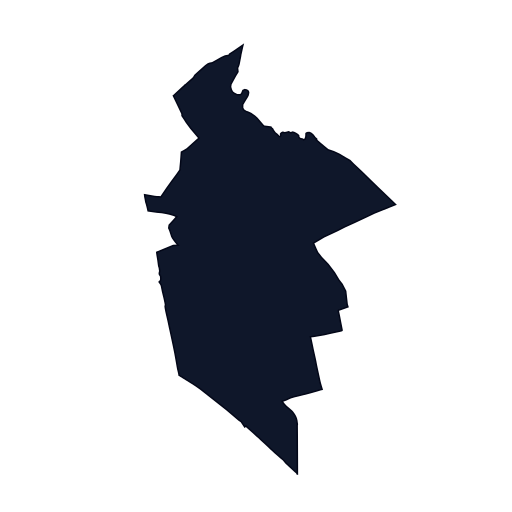 Dornesti, Suceava, Romania (Mercator projection), rotated 194°
{"feature_id": "2599482B65590123395964", "entity_name": "Dornesti", "entity_type": "district", "adm_level": 2, "iso_a3": "ROU", "parent_name": "Romania", "parent_adm1": "Suceava", "projection": "mercator", "projection_center": [26.008, 47.885], "detail": "fine", "context": "isolated", "style": "filled", "palette": "ink", "viewbox_px": 512, "rotation_deg": 194, "n_neighbors": 0, "source": "geoboundaries", "source_scale": "gbopen_adm2", "svg_char_len": 4516}
<svg xmlns="http://www.w3.org/2000/svg" viewBox="0 0 512 512"><g transform="rotate(194 256 256)"><path d="M374.9,391.5L368.6,383.9L362.2,376.1L361.7,374.2L358.8,371.6L356.0,368.9L350.3,364.2L339.8,356.6L341.6,354.0L347.2,345.7L348.9,343.2L351.4,340.7L353.5,338.8L352.6,333.7L351.8,328.9L350.6,321.0L351.6,318.4L352.5,316.0L355.5,308.8L358.8,300.5L362.6,290.2L363.8,290.1L364.9,289.9L366.6,289.5L368.8,289.2L373.2,288.9L378.9,288.5L378.2,286.6L377.1,284.3L376.0,281.8L374.6,279.5L373.0,276.5L371.8,274.1L371.6,273.7L363.0,274.6L357.8,275.4L353.5,275.7L349.9,275.8L345.4,275.6L342.4,275.0L345.2,269.6L347.7,265.0L347.4,262.0L346.9,261.4L345.7,259.8L344.5,257.9L343.0,255.5L342.6,254.8L341.3,253.3L339.6,251.8L337.5,250.1L334.7,248.1L334.0,247.6L338.8,246.2L353.2,235.6L352.9,234.8L352.1,232.8L351.4,231.2L350.1,228.2L349.2,225.9L348.5,224.1L347.9,222.7L347.3,221.7L346.9,221.1L346.6,220.2L345.9,218.6L345.7,217.5L345.7,216.2L345.5,215.3L345.1,214.6L344.4,214.0L343.6,213.2L343.2,211.9L342.8,210.6L342.7,209.7L342.8,209.0L343.7,207.4L342.9,206.7L341.7,205.7L340.8,204.6L340.3,203.7L339.7,202.4L338.1,199.0L334.9,192.9L332.9,188.8L332.1,187.0L332.0,186.3L332.0,185.4L331.9,184.9L331.1,183.0L329.8,180.2L328.4,177.4L325.5,171.7L322.6,165.7L321.0,162.5L318.1,156.6L314.2,148.6L311.2,142.3L308.9,137.2L306.6,132.0L305.6,129.7L304.6,127.5L303.3,125.0L302.2,122.8L301.8,121.7L287.5,117.1L283.1,115.6L277.7,113.5L262.6,106.7L247.1,99.7L232.8,92.6L230.3,91.7L227.0,88.7L225.6,87.4L224.6,88.6L224.4,88.4L221.4,86.8L216.2,84.1L211.5,81.5L210.0,80.8L209.0,80.3L207.0,79.1L203.3,77.1L198.4,74.4L195.3,72.6L195.0,72.4L193.0,71.4L191.4,70.5L190.2,69.8L187.6,68.5L183.2,66.2L180.6,65.0L179.9,64.6L177.5,62.8L176.8,62.3L171.9,59.6L165.7,56.2L164.2,55.5L164.1,55.4L163.9,55.3L163.7,55.0L163.4,54.5L163.1,54.5L172.5,91.6L175.1,101.6L175.2,102.8L175.9,104.4L176.5,106.0L177.5,107.9L178.4,109.2L179.5,110.5L180.7,111.7L182.7,113.4L183.9,114.2L187.4,116.0L190.3,117.4L192.6,118.9L193.5,119.6L194.9,120.7L195.5,121.3L191.7,123.9L189.9,125.4L188.0,126.9L185.8,128.2L184.8,128.8L181.1,130.7L170.8,136.2L164.0,140.1L161.0,141.9L159.6,142.6L161.4,145.6L162.9,148.2L164.1,150.5L166.5,155.4L169.3,161.1L170.9,164.4L171.6,165.9L172.5,167.9L174.1,171.2L178.1,179.2L179.9,183.0L183.7,190.8L180.5,192.0L170.9,196.2L165.2,199.1L159.3,202.0L156.8,203.2L155.1,204.1L154.7,204.4L154.5,204.8L158.1,212.5L160.7,218.1L162.3,221.4L162.9,222.7L162.9,223.3L154.5,228.9L155.9,231.2L158.7,238.7L160.5,243.6L165.6,249.4L169.8,252.7L175.9,258.8L184.0,265.3L192.1,270.4L197.1,274.3L199.9,277.8L203.4,282.4L198.0,287.7L194.7,291.0L183.0,300.5L176.8,305.9L168.6,312.4L161.6,318.1L157.3,321.6L151.5,326.4L133.1,339.7L155.1,352.3L174.1,363.4L183.8,368.8L188.0,371.4L189.4,371.8L193.1,372.8L199.6,374.8L203.7,375.6L205.9,376.0L211.8,376.5L216.7,378.8L217.5,379.2L221.6,381.2L225.7,383.3L225.4,384.1L225.9,384.4L227.5,385.2L227.8,385.4L228.4,386.1L229.1,386.5L229.9,387.2L230.6,387.6L232.3,388.4L233.3,388.6L234.3,388.7L236.0,388.1L236.9,387.4L237.1,386.8L236.7,385.3L236.5,383.9L236.4,383.1L236.6,382.3L236.6,381.6L237.0,380.9L238.0,380.2L238.5,380.5L238.9,380.7L239.6,380.7L241.4,380.6L242.5,381.1L243.3,381.7L243.5,382.5L243.7,383.1L244.9,383.9L247.0,384.6L248.7,385.0L250.4,385.1L251.3,384.5L251.7,384.1L252.0,383.9L252.3,383.9L253.3,384.2L254.4,384.4L256.5,383.2L257.6,382.7L258.2,382.5L258.6,382.5L259.1,382.5L259.8,382.6L260.2,382.4L260.9,381.8L261.3,381.3L261.7,380.5L261.5,379.8L261.1,379.0L261.2,378.3L261.6,377.7L262.1,377.6L262.7,377.7L264.9,379.1L265.6,379.4L267.2,380.1L267.8,380.6L269.1,381.7L269.7,382.2L270.4,383.1L270.6,383.3L270.9,383.5L271.8,383.9L272.5,384.4L272.7,384.7L275.6,384.4L279.6,383.9L280.7,384.5L284.5,387.2L288.3,389.9L291.1,391.4L295.5,393.1L298.8,393.7L300.6,393.8L303.2,394.7L304.8,396.4L305.6,399.8L304.2,404.5L303.1,407.9L302.6,409.8L302.6,411.6L302.8,413.1L303.6,414.2L305.2,414.8L307.2,414.7L308.7,413.5L309.2,410.1L310.1,408.7L313.4,407.9L316.5,408.6L318.6,409.5L320.2,411.4L321.6,413.9L321.9,416.6L320.7,421.3L319.5,425.9L318.1,430.4L319.4,434.0L319.0,436.3L318.9,437.9L319.0,439.9L319.2,443.7L319.3,445.7L319.5,447.8L319.6,452.1L319.7,455.4L319.7,457.5L323.4,453.3L327.2,449.0L330.5,445.5L330.6,444.8L331.0,444.1L332.1,443.6L333.3,443.1L334.5,442.5L337.0,440.5L337.7,439.9L342.0,435.8L345.1,432.9L347.5,431.8L349.0,430.8L351.0,428.4L356.0,421.1L359.0,416.6L359.7,414.2L360.5,412.8L362.6,409.8L366.4,404.2L366.5,404.3L366.7,403.9L368.4,401.4L374.7,391.7L374.9,391.5Z" fill="#0f172a" stroke="#020617" stroke-width="1.5"/></g></svg>